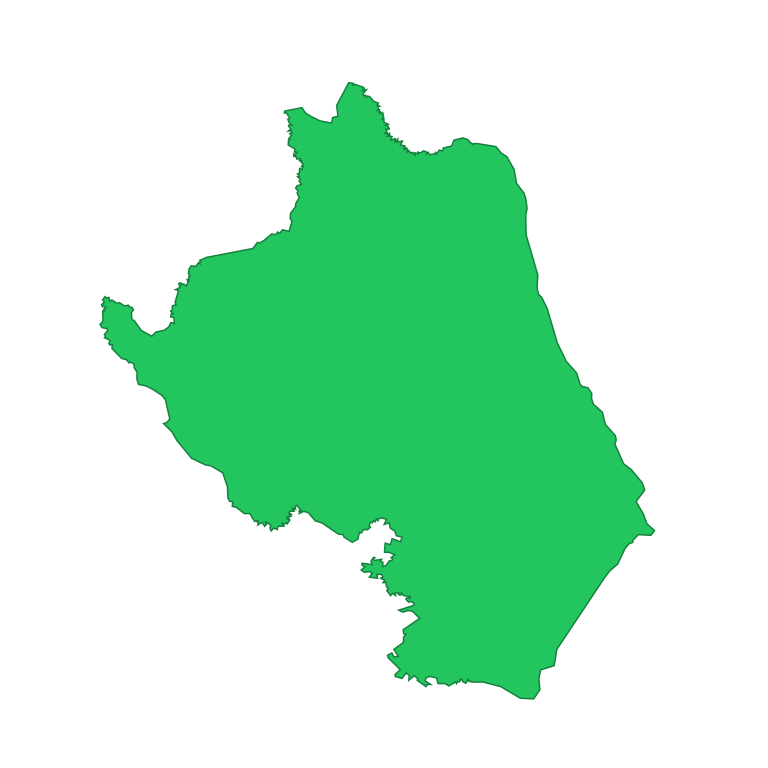 Si Wilai, Bueng Kan, Thailand, rotated 10°
{"feature_id": "78962969B38072300244645", "entity_name": "Si Wilai", "entity_type": "district", "adm_level": 2, "iso_a3": "THA", "parent_name": "Thailand", "parent_adm1": "Bueng Kan", "projection": "mercator", "projection_center": [103.741, 18.159], "detail": "fine", "context": "isolated", "style": "filled", "palette": "green", "viewbox_px": 768, "rotation_deg": 10, "n_neighbors": 0, "source": "geoboundaries", "source_scale": "gbopen_adm2", "svg_char_len": 6145}
<svg xmlns="http://www.w3.org/2000/svg" viewBox="0 0 768 768"><g transform="rotate(10 384 384)"><path d="M94.1,346.4L92.3,350.0L94.4,351.9L92.1,355.0L93.4,356.8L94.6,355.8L97.1,357.1L95.0,358.6L96.1,360.2L94.3,360.9L96.4,371.0L94.0,374.5L96.5,377.5L101.6,377.5L102.6,379.9L100.0,383.7L101.5,385.4L100.6,387.0L105.6,388.1L106.8,389.7L105.9,391.9L107.5,393.2L109.7,392.3L109.9,396.2L121.2,404.4L126.1,404.8L129.3,407.5L130.7,406.5L134.3,407.6L135.2,411.4L138.8,415.3L139.7,421.8L142.3,427.0L149.9,427.2L157.3,429.5L167.4,433.8L171.6,437.7L179.1,455.7L176.6,459.8L173.8,461.2L183.7,468.1L190.0,475.7L207.4,490.6L222.2,494.7L227.6,494.6L240.6,499.5L247.6,512.2L250.2,523.7L252.4,526.3L255.4,526.2L255.9,530.9L259.9,531.0L269.1,535.9L274.4,534.9L280.4,541.8L283.3,540.3L283.9,541.3L282.5,541.5L284.4,542.3L284.2,544.7L288.1,541.5L291.2,544.9L292.9,542.0L290.6,540.2L293.1,540.8L297.3,542.8L296.6,545.4L298.4,548.3L300.3,545.1L304.2,545.8L304.2,542.6L310.3,541.3L307.1,538.3L310.1,539.3L311.9,537.3L312.9,538.6L314.9,534.3L312.2,533.5L313.8,532.8L313.0,531.4L310.9,532.1L315.4,530.4L313.6,529.1L315.3,528.6L312.7,527.3L313.3,525.8L317.6,524.8L315.4,522.3L318.7,522.7L317.6,520.4L318.8,518.7L323.2,521.9L322.6,524.2L324.4,523.1L323.3,526.0L327.0,523.4L331.7,523.8L340.1,530.7L347.2,531.6L365.2,539.8L370.1,539.5L371.1,541.7L380.2,545.4L385.3,541.3L385.5,534.3L387.7,534.6L389.2,530.7L392.9,530.5L395.5,527.4L394.1,526.6L394.4,522.6L396.6,522.8L397.4,520.5L399.3,521.2L399.9,518.1L402.4,520.1L401.5,518.4L404.2,516.3L410.0,516.8L408.6,522.2L413.2,519.9L415.2,524.9L420.3,527.0L422.5,531.3L428.3,531.6L427.7,536.5L418.9,534.9L418.2,541.1L412.8,540.5L413.7,549.6L418.5,548.9L424.2,550.3L421.2,553.9L423.0,554.5L422.6,556.1L419.8,557.4L417.6,562.4L414.4,564.0L413.9,559.9L411.2,559.2L412.1,557.1L405.1,559.4L403.7,558.2L405.1,556.6L403.8,556.6L401.9,560.6L403.8,563.9L393.6,564.3L393.5,565.9L396.9,567.6L393.8,571.1L397.2,572.8L402.3,571.3L405.3,572.5L403.1,576.8L411.4,576.4L410.0,572.9L414.7,571.8L416.4,574.4L414.5,575.9L419.1,577.2L417.6,579.8L420.9,579.2L421.3,582.5L423.8,585.3L422.6,587.0L427.3,591.3L428.6,588.7L432.1,590.3L431.3,588.0L432.8,587.4L435.3,587.3L434.8,588.9L436.8,589.1L437.7,586.4L439.4,588.9L446.8,588.9L447.1,590.2L443.2,590.9L443.1,592.4L446.0,594.5L449.4,593.5L451.9,595.5L451.3,597.1L437.8,604.1L442.2,605.4L447.3,602.8L451.8,603.0L459.8,608.7L445.6,622.6L446.7,626.5L449.0,626.7L447.2,630.1L448.0,635.1L439.8,643.7L445.4,649.7L441.1,651.1L438.5,647.5L434.6,650.6L435.8,653.0L449.6,662.4L445.3,668.3L446.0,670.1L452.9,670.8L456.1,664.7L459.5,666.6L459.9,671.4L464.6,666.0L468.4,668.4L468.2,670.1L478.0,674.7L478.6,672.4L482.0,671.8L476.0,669.2L476.4,666.3L479.6,664.1L486.7,664.3L489.3,669.7L496.0,668.4L500.3,670.1L506.3,664.9L507.4,666.5L508.1,664.2L510.0,664.3L511.0,662.0L509.6,661.7L511.7,661.1L513.7,663.7L516.6,664.4L517.7,661.1L518.9,661.9L518.4,660.3L522.0,662.3L533.6,660.3L551.7,661.8L572.8,669.8L586.1,668.1L590.6,658.0L587.7,647.3L587.9,638.4L600.5,631.8L600.3,615.3L634.4,537.4L638.9,528.6L645.4,520.8L650.0,503.9L653.1,498.7L656.5,496.8L656.4,494.4L660.7,488.2L673.1,486.6L675.9,481.4L667.2,476.0L661.9,466.9L652.7,456.0L659.2,443.1L655.3,436.3L642.2,425.2L633.9,421.0L621.8,403.1L622.4,398.6L620.7,394.6L609.0,385.4L603.9,373.8L593.9,367.7L591.0,362.5L590.2,357.1L585.4,352.2L579.8,352.1L577.2,350.3L571.8,339.7L559.5,330.0L547.5,313.3L531.7,281.5L524.3,271.3L520.9,269.1L518.2,263.7L516.5,249.8L498.0,212.3L494.3,193.2L494.4,186.1L491.4,176.8L488.9,172.0L479.7,163.4L474.8,150.0L465.5,138.8L459.5,136.3L453.0,130.8L434.8,131.0L430.2,131.7L429.8,133.0L424.1,128.8L418.9,128.0L410.5,131.7L409.3,137.9L401.6,141.2L401.0,144.6L398.0,143.9L395.6,148.5L394.5,147.1L393.9,148.6L388.8,150.2L387.3,148.1L385.8,149.8L385.7,148.2L382.7,147.5L379.5,150.1L377.0,149.8L377.3,151.4L374.0,151.0L374.6,153.2L371.6,151.0L369.7,151.9L368.4,150.0L366.4,151.6L366.7,149.0L364.5,147.3L364.1,149.4L362.6,149.4L362.9,145.8L358.6,145.9L360.0,141.6L355.1,143.1L355.0,140.4L352.8,143.6L352.5,140.4L348.7,142.6L348.9,138.9L345.1,139.2L346.6,138.1L345.9,136.1L344.4,138.5L343.5,136.1L341.6,137.2L342.8,134.9L341.6,132.7L343.7,132.7L343.9,131.4L345.4,132.5L342.7,129.0L340.7,128.9L343.0,127.5L338.5,126.3L337.8,122.5L336.4,123.5L336.9,119.8L335.5,116.9L334.4,118.3L333.1,116.7L332.3,118.5L332.0,114.9L330.0,115.7L330.8,114.0L329.4,111.5L331.3,111.1L328.8,110.1L329.6,108.3L325.0,107.5L319.9,103.4L317.1,103.4L316.7,104.7L315.6,102.8L314.0,103.6L312.8,102.1L315.5,97.3L311.8,98.7L313.3,96.2L312.0,95.3L303.5,94.0L301.7,95.1L301.8,93.3L296.9,93.4L289.0,118.0L292.2,128.3L287.1,130.5L287.1,136.1L275.3,136.0L266.0,133.3L259.7,130.8L255.2,126.1L238.9,132.4L238.7,134.2L241.2,134.3L245.2,138.8L243.3,139.9L245.1,143.0L248.5,145.1L245.6,145.2L245.2,146.6L247.9,148.9L245.9,151.6L248.2,150.7L250.0,152.7L247.7,153.7L249.6,155.4L247.5,159.1L248.8,159.8L247.6,160.9L248.2,165.2L255.8,168.2L255.4,171.1L258.1,170.9L256.8,173.4L255.1,173.2L255.6,175.6L257.4,174.8L259.1,177.6L262.4,176.7L262.0,178.7L264.1,178.6L263.5,179.6L266.1,181.5L265.0,184.1L266.6,183.7L266.1,186.9L263.5,186.4L264.0,191.5L262.4,192.0L264.9,194.3L263.0,194.9L266.1,197.0L265.1,199.0L268.0,201.7L263.7,204.2L263.0,206.6L266.1,209.0L265.2,210.9L268.1,215.2L265.7,221.8L266.2,224.5L262.3,232.2L262.9,237.2L265.1,240.1L264.0,250.2L257.3,249.7L255.0,253.9L252.8,252.8L251.6,255.8L247.4,255.7L240.7,263.7L236.5,267.0L234.8,266.4L231.4,273.3L187.3,290.1L181.1,294.2L182.4,295.1L181.0,296.3L181.9,297.6L180.0,297.1L178.4,300.8L173.6,301.1L172.1,304.4L172.3,309.6L174.3,311.0L173.0,312.6L173.9,314.8L172.5,315.2L173.7,316.2L172.4,316.1L173.4,317.7L172.0,321.9L169.5,320.3L167.4,321.6L167.5,320.2L165.5,319.8L164.5,320.7L166.3,324.5L162.3,327.3L165.4,327.6L164.1,339.8L165.5,342.0L162.0,343.7L162.6,348.2L161.2,349.2L163.9,351.4L162.3,351.8L162.2,354.9L165.6,355.1L167.0,360.8L163.4,360.5L162.2,365.0L158.4,369.1L150.3,372.5L147.1,377.3L135.8,373.5L126.9,364.8L124.6,364.4L122.8,357.6L124.4,354.4L122.3,352.2L120.8,352.7L118.6,350.8L114.7,352.2L109.3,349.8L107.4,351.1L101.4,348.5L99.6,350.1L98.1,346.5L95.8,347.6L94.1,346.4Z" fill="#22c55e" stroke="#15803d" stroke-width="1.5"/></g></svg>